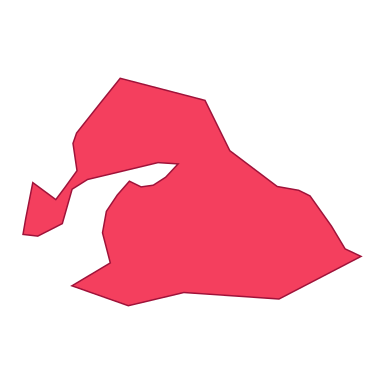 the Unitary Authority of Halton
{"feature_id": "GBR-5708", "entity_name": "Halton", "entity_type": "Unitary Authority", "adm_level": 1, "iso_a3": "GBR", "parent_name": "United Kingdom", "parent_adm1": "", "projection": "albers", "projection_center": [-2.723, 53.34], "detail": "fine", "context": "isolated", "style": "filled", "palette": "rose", "viewbox_px": 384, "rotation_deg": 0, "n_neighbors": 0, "source": "natural_earth", "source_scale": "10m", "svg_char_len": 561}
<svg xmlns="http://www.w3.org/2000/svg" viewBox="0 0 384 384"><path d="M71.9,285.8L110.3,262.9L102.5,232.8L106.4,211.3L117.3,195.0L129.4,181.2L141.1,186.9L153.3,185.2L165.7,177.2L178.1,163.9L158.0,162.6L87.5,179.5L72.1,189.2L62.3,223.6L37.8,236.1L23.0,234.4L25.7,218.7L32.8,182.6L55.8,199.6L64.8,187.6L77.0,170.7L73.0,143.4L76.6,133.0L101.1,102.1L120.2,78.3L205.0,100.4L229.8,150.7L277.2,186.5L298.7,190.3L310.0,195.9L331.5,226.2L345.1,248.9L361.0,256.4L279.0,299.0L183.8,292.5L128.3,305.7L71.9,285.8Z" fill="#f43f5e" stroke="#9f1239" stroke-width="1.5"/></svg>